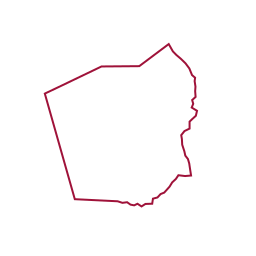 Olho d'Água do Borges, Rio Grande do Norte, Brazil (Mercator projection), rotated 235°
{"feature_id": "56859067B79092127139652", "entity_name": "Olho d'Água do Borges", "entity_type": "district", "adm_level": 2, "iso_a3": "BRA", "parent_name": "Brazil", "parent_adm1": "Rio Grande do Norte", "projection": "mercator", "projection_center": [-37.735, -5.981], "detail": "fine", "context": "isolated", "style": "outline", "palette": "rose", "viewbox_px": 256, "rotation_deg": 235, "n_neighbors": 0, "source": "geoboundaries", "source_scale": "gbopen_adm2", "svg_char_len": 770}
<svg xmlns="http://www.w3.org/2000/svg" viewBox="0 0 256 256"><g transform="rotate(235 128 128)"><path d="M100.2,43.6L73.9,77.5L69.9,80.5L67.7,84.7L63.8,86.1L61.1,88.7L60.5,92.3L56.0,94.1L55.8,98.7L52.1,104.4L55.8,107.9L54.2,112.3L55.2,116.8L54.3,120.6L56.1,128.4L58.1,133.0L58.8,138.0L60.4,142.2L55.9,147.2L52.9,152.4L58.6,155.2L63.8,157.8L68.2,159.3L72.5,159.1L76.6,160.8L83.2,162.8L88.0,165.8L91.6,167.5L93.1,172.5L92.2,178.1L97.9,182.1L98.5,185.9L99.1,190.6L102.5,194.4L108.2,191.9L110.4,195.3L114.1,196.6L114.7,201.2L119.6,204.1L123.2,207.0L128.2,209.5L130.7,211.8L134.6,210.8L141.6,212.4L148.0,212.2L154.3,211.0L160.1,209.5L165.0,208.7L173.4,209.5L172.2,172.7L193.6,141.6L201.4,94.3L203.9,79.6L100.2,43.6Z" fill="none" stroke="#9f1239" stroke-width="2"/></g></svg>